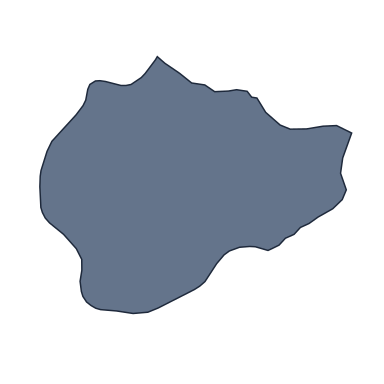 Sangwon, P'yŏngyang, North Korea, rotated 98°
{"feature_id": "82179303B39263220364420", "entity_name": "Sangwon", "entity_type": "district", "adm_level": 2, "iso_a3": "PRK", "parent_name": "North Korea", "parent_adm1": "P'yŏngyang", "projection": "natural_earth1", "projection_center": [126.045, 38.858], "detail": "fine", "context": "isolated", "style": "filled", "palette": "slate", "viewbox_px": 384, "rotation_deg": 98, "n_neighbors": 0, "source": "geoboundaries", "source_scale": "gbopen_adm2", "svg_char_len": 1126}
<svg xmlns="http://www.w3.org/2000/svg" viewBox="0 0 384 384"><g transform="rotate(98 192 192)"><path d="M70.0,248.7L81.2,254.9L85.8,258.2L94.0,267.3L95.7,272.2L96.4,277.2L94.6,293.2L94.6,298.7L95.5,303.1L99.7,308.1L104.8,309.5L115.8,310.0L121.6,311.9L131.7,317.5L161.3,337.8L171.9,341.2L191.8,344.5L197.5,344.5L207.9,343.4L228.4,339.5L233.1,337.3L238.2,333.7L242.4,328.8L251.8,313.3L264.2,298.7L274.1,291.8L284.7,290.2L285.9,290.2L296.0,290.4L305.9,287.7L310.6,285.5L315.6,281.1L318.5,276.1L320.5,271.1L321.2,266.2L320.3,250.2L320.5,233.4L317.2,219.0L311.6,209.4L288.2,176.0L284.0,171.1L278.9,166.7L259.5,157.6L249.8,151.5L245.2,146.8L240.1,137.2L237.9,127.3L237.4,121.7L239.3,108.6L236.9,104.9L232.5,98.4L224.8,93.1L219.7,85.0L212.0,79.7L206.9,71.7L199.2,63.6L189.0,50.3L179.9,43.2L178.7,42.2L168.4,39.5L152.8,47.5L137.3,47.5L124.4,44.8L111.4,42.1L106.1,58.1L108.6,71.4L113.6,87.4L116.1,103.5L113.4,114.1L102.9,130.1L89.9,140.8L89.8,146.1L84.6,151.4L84.5,162.1L87.0,170.1L89.5,183.5L84.2,194.2L84.1,207.5L76.2,220.8L68.3,236.8L62.8,245.2L66.2,246.6L70.0,248.7Z" fill="#64748b" stroke="#1e293b" stroke-width="1.5"/></g></svg>